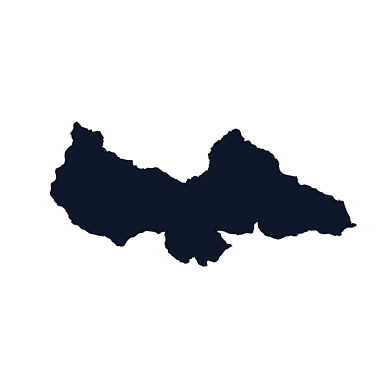 Catamayo, Loja, Ecuador, rotated 143°
{"feature_id": "8360857B67514259930674", "entity_name": "Catamayo", "entity_type": "district", "adm_level": 2, "iso_a3": "ECU", "parent_name": "Ecuador", "parent_adm1": "Loja", "projection": "albers", "projection_center": [-79.405, -3.991], "detail": "fine", "context": "isolated", "style": "filled", "palette": "ink", "viewbox_px": 384, "rotation_deg": 143, "n_neighbors": 0, "source": "geoboundaries", "source_scale": "gbopen_adm2", "svg_char_len": 6013}
<svg xmlns="http://www.w3.org/2000/svg" viewBox="0 0 384 384"><g transform="rotate(143 192 192)"><path d="M100.8,68.8L99.0,68.3L98.5,68.6L97.4,71.0L95.1,70.3L92.5,71.7L91.8,70.8L89.2,70.9L88.8,70.4L88.3,71.1L88.0,71.1L87.8,70.1L86.7,69.9L86.9,68.9L85.4,68.1L83.5,67.1L82.4,67.8L82.0,67.6L81.7,66.9L81.0,67.2L81.8,68.9L82.7,69.4L82.7,69.8L84.2,70.1L84.7,71.3L84.2,72.2L83.6,72.3L83.6,73.8L81.7,77.1L81.1,81.5L80.4,84.4L78.9,89.4L77.3,93.2L77.9,93.6L78.0,94.1L78.9,94.0L79.2,94.8L79.0,95.1L79.7,95.4L79.8,96.3L80.6,95.5L81.3,95.6L81.2,96.3L81.7,97.7L82.9,99.1L82.8,100.3L83.3,101.6L82.8,102.8L83.0,104.4L83.5,104.5L83.9,105.5L84.5,106.2L85.3,106.4L85.7,107.4L86.2,107.5L86.4,108.1L87.5,109.2L88.0,109.3L87.7,110.1L88.2,110.3L88.7,111.6L88.5,112.3L89.6,114.0L90.3,114.6L90.4,115.6L91.3,116.2L91.1,117.7L91.7,119.0L91.8,120.4L92.6,120.2L93.3,120.8L93.2,121.5L93.8,121.8L94.4,123.2L94.5,124.7L95.9,126.9L96.6,127.3L96.5,128.0L97.6,128.2L97.6,129.3L98.3,129.9L99.3,130.3L99.7,130.1L100.0,130.5L100.6,130.4L101.7,132.4L102.8,133.0L102.1,134.2L102.4,134.7L102.0,135.3L101.9,137.2L101.4,138.1L101.0,138.2L100.8,138.8L100.3,138.9L100.4,140.1L99.8,141.4L100.8,141.7L103.3,144.6L103.9,144.7L104.1,145.4L107.6,149.4L107.9,150.3L109.1,151.6L109.1,153.1L109.6,154.3L109.2,157.6L108.4,158.8L107.9,160.6L106.1,162.2L105.2,164.4L105.1,167.1L106.0,168.6L106.1,169.7L105.4,171.5L105.3,173.7L106.6,176.2L106.6,178.0L107.3,179.2L109.0,180.5L109.5,182.9L111.7,184.8L112.4,186.2L114.1,187.9L113.9,189.9L114.2,191.6L116.1,193.8L115.9,198.1L116.9,199.0L120.0,200.3L121.1,201.1L118.5,203.4L119.2,204.6L119.1,207.8L117.9,210.5L117.5,212.8L118.7,215.0L120.0,216.1L121.8,216.0L122.7,216.8L123.3,216.0L124.7,215.7L125.7,217.7L128.1,216.7L130.1,216.3L132.7,217.3L134.9,216.1L136.2,216.4L138.4,215.1L138.9,215.2L139.4,216.4L140.1,216.9L140.9,216.6L140.7,215.2L141.4,215.0L142.7,216.9L143.9,216.5L145.5,216.7L146.0,215.7L147.7,215.4L148.4,214.7L150.0,215.1L150.6,214.9L150.9,213.3L151.4,212.4L152.9,212.5L153.8,211.5L155.2,212.1L156.1,212.0L157.1,209.6L158.1,208.3L157.6,206.4L159.3,205.4L160.0,203.8L161.7,203.1L162.5,201.7L164.3,200.7L165.8,198.9L166.4,199.0L167.5,199.8L168.3,199.9L171.9,199.9L174.0,199.3L175.8,199.9L178.1,199.3L179.7,201.9L180.8,202.7L183.0,202.8L183.7,203.1L184.7,201.9L186.6,202.7L186.9,204.0L187.6,204.4L189.0,203.3L190.4,203.0L191.4,201.3L191.9,201.4L192.9,203.6L195.4,204.9L195.1,206.2L196.5,208.6L197.0,210.8L198.6,212.4L198.8,214.0L199.6,215.0L200.6,217.7L201.5,222.4L202.1,223.6L203.5,224.6L205.2,231.7L206.0,232.1L206.8,233.4L208.8,233.8L212.3,236.3L213.2,237.5L216.5,237.9L217.3,240.0L218.5,240.0L220.5,242.2L221.5,243.8L221.1,246.5L223.0,247.5L223.9,249.2L223.7,249.7L222.7,250.2L222.5,251.7L221.2,252.4L221.2,253.0L225.4,256.4L228.0,259.7L229.7,261.2L230.0,263.5L231.1,264.6L230.7,266.4L231.1,267.4L230.7,269.1L230.9,269.7L233.1,272.2L233.7,274.0L235.3,274.4L236.0,275.1L236.2,276.5L235.9,279.4L237.2,281.2L237.6,283.0L237.4,283.2L235.8,283.2L235.3,283.5L234.1,285.2L232.4,286.2L232.1,288.0L231.5,288.5L230.4,288.8L230.1,293.1L229.6,295.3L230.0,296.0L231.7,297.5L236.3,299.4L235.4,302.1L238.3,302.9L238.0,305.2L241.6,310.4L241.8,311.8L241.4,313.4L242.3,317.0L245.0,317.1L246.1,316.2L247.5,314.1L248.7,313.1L250.3,312.4L251.9,312.1L252.8,311.4L253.3,311.5L253.1,310.9L253.6,310.3L253.4,309.5L254.0,308.3L254.6,308.0L255.3,304.0L257.3,303.1L258.5,301.6L259.6,301.0L262.2,301.3L265.3,300.9L268.8,299.9L271.8,296.8L273.4,293.5L276.7,290.9L277.3,290.7L279.6,291.1L282.1,290.7L286.7,291.8L288.7,290.0L289.8,287.1L291.7,284.1L294.7,282.8L298.8,283.2L299.6,282.6L302.1,279.0L304.2,277.0L305.3,276.6L306.3,274.7L306.4,271.6L306.0,268.8L306.7,268.0L306.7,266.4L306.1,264.1L306.2,263.2L306.6,263.0L306.3,262.6L306.6,262.2L305.0,259.9L303.6,259.1L303.7,257.5L303.2,255.4L303.3,253.2L303.8,251.9L303.2,251.1L303.4,249.9L303.7,249.5L303.3,249.2L303.7,248.7L303.6,247.2L304.4,246.9L305.1,246.0L305.1,243.3L304.0,241.7L305.6,240.7L305.9,240.2L305.4,237.6L303.4,235.4L302.3,233.6L301.9,229.7L300.8,227.6L299.9,227.1L299.4,224.5L298.5,222.6L298.5,221.8L297.5,219.9L294.1,216.4L294.1,215.9L291.3,212.8L290.4,212.1L289.6,212.1L289.5,211.2L288.9,212.1L288.5,212.1L288.8,211.1L287.8,210.2L285.8,205.5L285.0,204.6L284.7,202.8L285.0,200.4L283.8,196.7L284.1,195.0L283.0,193.6L281.9,193.0L280.8,191.3L278.7,190.5L274.1,192.5L269.7,193.2L267.6,192.9L265.4,191.5L259.0,191.7L255.8,189.8L252.4,189.5L250.3,188.2L248.7,186.3L245.0,182.8L243.6,179.0L240.0,178.8L236.7,177.0L235.0,175.4L236.7,175.7L238.9,174.3L239.5,173.5L239.8,171.6L241.4,169.3L242.2,168.4L243.9,167.5L246.0,163.5L245.3,160.4L245.7,159.4L246.8,158.1L245.9,155.9L245.9,153.6L244.9,150.8L244.6,148.1L244.1,147.1L243.2,146.3L242.6,142.9L241.1,141.7L240.2,139.5L239.6,139.0L237.3,138.3L236.2,138.6L235.6,140.4L234.6,140.6L233.8,140.4L233.0,139.7L232.5,139.7L231.2,140.4L229.9,139.4L228.4,139.4L227.9,138.5L228.7,136.9L228.6,135.2L229.7,130.7L227.3,126.1L224.4,124.6L223.6,126.6L222.4,128.1L220.1,128.5L216.1,123.0L214.5,122.4L211.9,122.8L208.4,124.7L207.0,124.6L200.0,126.5L197.9,125.8L194.3,125.8L193.0,125.4L193.1,126.7L195.6,129.1L196.2,130.7L195.5,132.0L196.1,134.7L196.0,135.9L196.4,138.1L195.0,141.6L196.2,144.0L196.5,146.3L196.3,147.3L195.5,146.3L194.2,146.1L192.3,144.7L189.3,141.4L186.7,136.6L185.1,135.0L181.9,132.6L180.8,130.4L179.2,129.9L177.7,128.6L176.4,128.5L173.1,127.3L171.4,126.0L169.4,123.6L167.7,123.6L166.6,124.9L165.1,125.7L164.0,126.9L163.1,128.8L162.6,129.1L158.8,129.7L155.7,129.1L155.4,128.6L157.0,127.9L157.9,126.9L159.7,123.6L160.1,119.6L159.3,116.6L159.2,113.5L158.4,112.2L155.5,109.1L155.2,107.9L154.4,106.7L151.5,102.9L149.5,102.0L145.3,101.0L144.4,101.0L141.0,99.3L140.7,98.9L138.6,98.6L137.7,96.6L135.0,94.5L133.4,94.7L131.9,95.5L130.1,94.0L128.2,93.1L125.2,92.7L124.1,91.8L121.7,91.9L121.4,91.6L120.3,91.4L119.8,89.9L118.7,89.6L117.6,88.6L116.1,87.9L115.2,86.8L114.4,84.2L114.4,83.2L113.6,81.5L112.9,81.3L112.7,80.6L111.6,79.5L107.4,77.0L105.0,73.6L103.8,71.3L101.2,70.5L100.8,68.8Z" fill="#0f172a" stroke="#020617" stroke-width="1.5"/></g></svg>